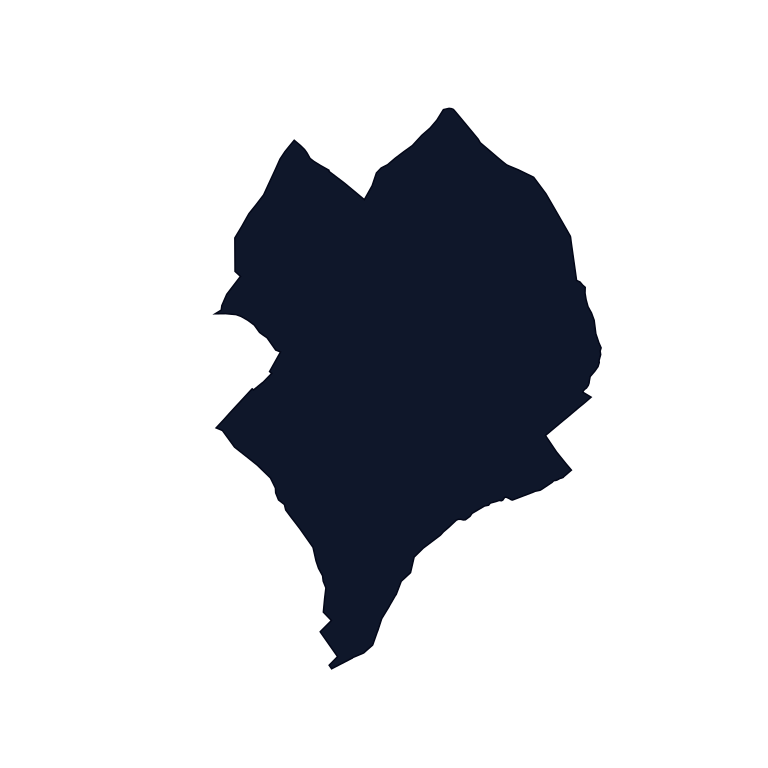 outline of Tepeyahualco de Cuauhtémoc, Puebla, Mexico, rotated 211°
{"feature_id": "50627088B31864434052112", "entity_name": "Tepeyahualco de Cuauhtémoc", "entity_type": "district", "adm_level": 2, "iso_a3": "MEX", "parent_name": "Mexico", "parent_adm1": "Puebla", "projection": "robinson", "projection_center": [-97.87, 18.81], "detail": "fine", "context": "isolated", "style": "filled", "palette": "ink", "viewbox_px": 768, "rotation_deg": 211, "n_neighbors": 0, "source": "geoboundaries", "source_scale": "gbopen_adm2", "svg_char_len": 3003}
<svg xmlns="http://www.w3.org/2000/svg" viewBox="0 0 768 768"><g transform="rotate(211 384 384)"><path d="M474.4,649.8L474.5,644.6L474.6,637.4L476.3,627.2L479.7,616.6L482.5,603.0L486.6,593.5L490.7,583.3L493.9,573.8L497.7,567.7L499.2,561.0L496.3,547.9L495.8,531.9L521.2,535.8L540.4,537.9L541.3,538.9L551.1,538.6L558.8,538.7L563.6,539.3L569.2,542.5L572.9,544.1L578.4,545.4L586.5,546.7L587.7,538.6L588.6,532.1L589.0,523.3L587.5,510.9L585.7,494.1L584.6,484.1L586.0,471.6L587.5,460.6L587.4,455.8L587.1,445.8L587.1,432.4L569.7,403.8L562.4,402.3L562.5,402.0L565.0,379.9L563.8,370.8L563.4,367.7L561.6,363.5L564.9,357.2L556.0,362.7L546.5,367.3L541.4,368.3L533.7,368.5L525.6,367.7L517.2,364.1L513.2,363.7L508.1,363.4L494.3,357.3L489.2,358.2L488.5,335.7L485.7,335.3L488.7,322.5L488.9,322.5L492.7,311.9L492.8,311.7L494.5,312.0L494.6,311.8L497.6,297.4L499.3,289.3L501.4,279.1L502.9,271.1L504.2,265.1L505.3,259.9L500.8,260.6L498.5,260.9L479.6,252.9L466.1,251.2L451.0,249.2L433.0,245.0L423.5,238.9L420.8,234.9L414.7,230.3L407.3,229.4L403.4,225.4L395.4,222.1L381.7,216.7L360.7,207.4L351.2,197.4L345.2,192.3L337.9,188.0L334.6,183.7L328.8,179.3L324.4,169.5L318.5,157.2L307.3,154.2L311.1,138.8L310.6,138.5L283.4,126.4L286.2,114.7L282.2,112.9L282.1,113.1L272.3,129.0L269.9,132.9L269.9,133.4L267.6,136.5L263.1,142.7L262.8,143.2L261.8,146.5L259.4,154.0L259.3,154.4L259.3,154.6L262.2,168.6L262.2,169.1L265.1,181.7L265.1,182.3L265.0,195.9L265.1,196.5L265.3,208.8L265.1,209.7L267.6,223.6L267.6,223.9L267.5,224.2L264.2,235.5L264.1,236.0L269.1,251.4L268.8,251.9L266.0,262.8L265.9,263.3L257.8,283.5L257.6,284.4L256.9,288.0L256.7,288.5L254.7,294.5L251.9,304.5L250.6,306.3L248.4,307.6L246.0,308.3L244.3,309.5L242.1,314.9L241.9,318.4L235.0,331.2L231.9,334.0L231.8,335.3L231.5,336.7L227.3,341.1L225.3,343.5L223.2,344.4L222.4,345.6L222.2,348.6L221.7,349.5L220.5,350.0L217.6,350.3L215.2,350.3L214.1,350.7L200.0,368.7L199.4,369.7L195.5,373.3L194.7,374.7L189.2,386.4L188.9,387.9L188.3,388.9L187.2,389.7L186.2,390.8L184.5,393.7L183.4,394.8L182.3,396.2L182.2,397.1L179.0,406.7L187.2,409.5L201.1,414.6L219.1,423.0L215.2,434.4L211.6,444.8L209.9,449.5L204.8,464.5L204.5,465.3L204.4,465.6L203.0,469.4L200.6,476.6L199.7,479.4L209.4,479.4L209.6,481.0L209.1,483.2L208.4,484.8L208.2,488.0L208.7,490.4L208.9,490.9L209.3,491.7L210.5,494.9L211.1,496.5L209.9,503.6L209.5,509.2L209.7,509.9L210.5,513.2L211.7,514.8L212.7,518.2L212.9,519.0L213.4,520.8L215.7,523.6L216.5,526.8L221.3,530.2L225.2,533.6L226.3,534.5L228.3,536.2L233.7,543.1L234.2,543.7L236.7,546.9L242.9,551.9L244.9,553.0L248.5,555.1L248.9,555.3L254.2,560.4L258.6,565.6L258.9,566.2L260.6,569.2L261.3,570.5L264.7,571.1L268.5,572.4L272.3,572.0L277.3,578.2L297.0,602.5L299.4,605.6L300.3,606.6L305.9,609.8L328.7,622.5L343.2,630.5L362.2,638.3L379.1,636.8L389.2,635.3L391.9,635.0L397.2,635.7L404.2,636.8L412.4,638.2L419.1,639.3L425.8,640.4L429.4,642.4L455.9,651.7L460.2,653.2L463.1,654.2L465.9,655.1L467.9,654.8L470.2,653.8L474.4,649.8Z" fill="#0f172a" stroke="#020617" stroke-width="1.5"/></g></svg>